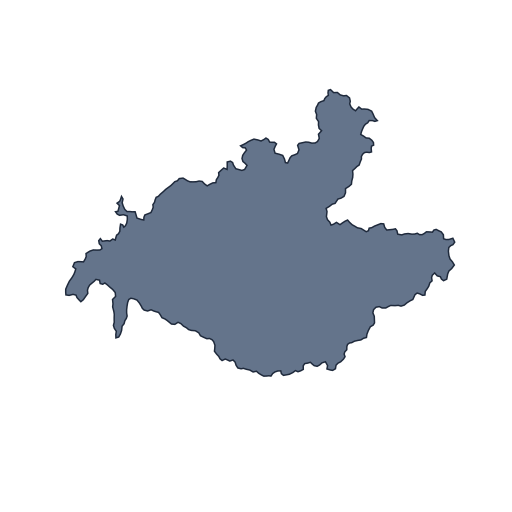 Leopoldina, Minas Gerais, Brazil (Mercator projection), rotated 341°
{"feature_id": "56859067B5344227565341", "entity_name": "Leopoldina", "entity_type": "district", "adm_level": 2, "iso_a3": "BRA", "parent_name": "Brazil", "parent_adm1": "Minas Gerais", "projection": "mercator", "projection_center": [-42.645, -21.545], "detail": "fine", "context": "isolated", "style": "filled", "palette": "slate", "viewbox_px": 512, "rotation_deg": 341, "n_neighbors": 0, "source": "geoboundaries", "source_scale": "gbopen_adm2", "svg_char_len": 6132}
<svg xmlns="http://www.w3.org/2000/svg" viewBox="0 0 512 512"><g transform="rotate(341 256 256)"><path d="M286.3,385.9L289.2,388.0L291.2,389.1L294.4,388.5L296.1,385.3L298.7,384.0L301.6,383.6L305.1,382.0L307.4,380.2L307.4,377.4L308.8,375.5L311.3,374.2L312.4,371.2L313.8,369.4L316.1,368.7L318.3,369.1L321.4,368.6L325.0,369.0L327.8,369.5L330.8,368.8L333.9,369.0L335.4,366.1L337.9,363.1L341.1,360.1L344.3,359.5L346.3,357.8L348.2,351.5L348.0,347.8L349.7,345.0L352.8,343.5L356.1,344.0L358.3,346.2L361.8,347.4L364.5,346.9L367.2,346.6L371.3,348.2L374.5,349.0L376.8,350.6L380.2,350.7L383.5,349.4L387.3,348.5L390.1,348.2L392.0,346.2L393.8,344.3L396.3,343.5L398.5,345.1L400.7,347.4L403.0,347.9L404.5,344.6L407.2,342.7L409.5,340.8L411.6,338.0L414.4,336.8L415.0,333.6L416.4,331.6L419.4,330.2L420.9,333.8L423.6,335.6L423.8,338.1L425.3,340.4L428.8,340.0L431.4,335.4L433.5,333.0L436.9,331.6L440.6,329.1L439.8,325.4L438.5,322.1L438.5,318.5L439.5,314.0L441.1,310.7L443.5,309.6L445.9,309.4L448.4,307.6L447.9,303.3L443.8,303.2L441.0,302.3L439.0,300.8L440.1,296.9L439.0,293.5L436.9,291.5L435.0,289.5L432.6,289.4L430.6,290.9L427.8,289.7L425.0,288.6L422.4,289.5L420.0,289.9L417.5,289.0L415.9,287.0L413.1,286.9L410.5,286.1L407.2,284.3L403.6,283.5L400.7,283.5L397.1,281.5L397.5,278.1L396.7,275.7L394.1,275.4L388.1,274.0L387.0,270.8L387.2,267.2L384.6,266.0L377.8,266.3L374.6,266.9L372.1,266.5L370.5,268.7L368.1,268.9L364.4,264.3L361.0,262.3L359.1,260.0L357.1,257.8L355.4,254.6L354.3,251.8L351.5,252.1L348.3,252.9L345.6,253.7L343.0,250.4L339.6,251.2L337.0,251.2L336.8,248.1L335.4,244.9L335.4,241.7L337.6,237.1L337.8,233.8L341.5,233.0L345.0,231.8L347.9,232.0L349.8,230.5L352.1,228.8L355.0,229.0L358.6,228.3L361.2,225.4L362.6,221.4L366.5,220.5L369.6,219.2L371.0,216.2L373.0,213.2L374.3,210.1L375.1,206.7L378.2,205.4L380.6,204.2L383.1,203.6L385.3,200.8L387.3,198.6L388.0,196.3L389.9,194.5L392.3,193.5L394.5,193.9L396.9,195.1L399.1,195.2L399.9,191.9L401.0,189.7L403.3,189.5L404.0,186.9L403.2,184.3L401.4,181.5L398.5,180.2L396.7,177.6L394.6,175.2L396.3,172.7L398.2,170.5L400.2,168.4L402.4,167.0L405.0,166.4L407.1,164.8L410.2,165.9L412.2,167.4L414.8,167.5L413.2,163.8L412.9,159.8L412.5,156.7L409.6,153.8L406.3,152.3L403.7,151.5L401.8,148.6L399.6,149.8L397.4,151.1L395.6,148.8L394.4,146.1L394.1,142.7L395.5,140.4L395.9,137.0L393.8,133.7L391.0,133.1L388.1,131.1L386.2,127.9L382.6,126.8L380.6,122.9L378.3,122.9L377.2,125.2L376.7,127.7L374.3,128.3L372.3,129.5L370.8,131.2L367.6,131.2L364.9,131.7L363.3,133.4L361.3,135.1L359.3,138.4L359.4,142.0L357.9,145.4L358.9,149.3L357.7,152.4L357.2,155.9L358.8,158.9L354.7,161.2L354.1,165.4L351.4,167.8L348.8,168.4L345.6,167.5L342.9,165.6L340.1,164.4L336.7,164.0L333.4,163.6L331.4,164.9L331.2,169.6L328.6,172.6L325.6,172.9L322.5,172.9L320.3,174.1L318.6,175.9L316.2,178.4L314.2,177.3L314.5,173.7L314.0,169.6L310.9,167.2L307.5,165.0L307.7,161.0L310.0,158.4L311.9,156.7L310.5,154.5L308.1,153.7L306.0,152.8L305.5,149.8L303.8,147.7L301.6,148.4L298.2,148.9L295.6,146.9L292.1,144.8L288.8,145.0L285.7,145.4L283.6,146.0L280.5,146.5L277.3,146.8L278.7,149.2L281.1,150.3L281.5,152.8L278.7,154.6L276.2,156.5L274.5,159.3L274.4,162.4L275.8,164.7L277.0,167.4L273.4,170.5L270.5,170.5L267.8,168.6L265.3,166.9L264.3,162.7L264.3,160.0L262.7,158.0L259.4,157.7L258.0,161.8L256.8,164.7L254.1,162.3L251.4,163.4L247.8,165.0L247.2,167.6L245.4,169.4L243.4,170.9L241.9,173.6L239.0,172.8L235.5,173.2L232.7,173.8L230.8,171.1L229.4,168.0L226.6,166.6L223.6,166.3L220.9,165.5L217.8,164.4L215.6,162.5L214.1,160.6L212.4,158.6L208.6,157.8L206.2,159.3L203.4,159.3L201.0,160.5L198.4,161.7L192.3,163.6L189.2,165.0L185.7,166.4L183.1,167.8L180.7,168.0L178.9,170.1L177.5,172.2L175.2,173.9L174.7,176.4L173.0,178.5L170.8,180.7L167.7,180.9L164.3,181.0L162.7,182.8L161.6,185.4L159.2,184.0L155.8,181.4L156.0,177.4L156.1,174.8L153.3,173.9L151.0,172.8L148.5,172.0L147.1,169.2L146.7,165.6L146.8,162.1L148.8,158.8L148.2,155.9L146.5,158.2L144.9,159.9L141.8,160.8L143.3,163.9L141.7,166.3L140.0,168.8L137.6,168.4L138.4,171.2L140.2,173.1L144.1,173.8L147.3,176.2L146.3,179.4L144.5,182.8L142.4,184.9L140.4,185.7L140.1,183.3L138.3,181.8L136.5,185.2L135.3,188.3L133.2,190.2L131.0,190.9L129.6,192.8L128.1,195.1L126.1,193.3L122.7,194.3L120.3,193.0L118.0,192.5L115.5,192.0L114.5,188.9L112.3,190.3L111.8,193.4L113.0,195.9L112.7,198.9L110.4,199.5L107.7,198.7L104.1,197.3L100.5,197.3L96.1,198.3L95.3,201.2L93.7,203.1L91.0,205.4L88.1,204.2L85.8,203.3L82.2,203.2L79.3,206.5L81.4,209.5L79.7,211.9L77.8,214.1L75.0,216.5L71.3,219.1L68.3,222.1L65.3,225.4L64.3,228.2L63.6,230.9L66.5,232.4L70.5,232.7L73.1,234.4L73.2,237.0L74.4,239.9L75.5,242.2L78.5,241.1L81.8,238.7L84.8,236.6L85.5,233.5L87.0,231.3L89.3,229.3L91.9,228.3L94.8,227.2L97.0,226.0L100.2,227.9L99.7,231.3L101.9,232.8L104.3,232.3L106.0,234.8L107.7,237.9L109.6,241.0L111.0,244.7L110.1,248.5L106.2,250.4L105.2,254.7L103.9,257.4L103.5,262.4L103.0,265.0L101.9,267.9L101.1,270.2L100.4,272.5L98.6,275.2L98.5,278.3L99.4,281.7L97.9,284.6L96.9,287.8L99.8,287.9L102.4,285.6L104.7,282.6L106.5,278.8L109.2,277.1L111.0,274.4L113.0,272.9L114.6,270.8L115.1,267.9L116.1,264.9L117.7,261.5L119.5,258.2L121.5,255.7L123.9,255.2L126.4,256.6L129.1,258.9L130.4,262.4L131.2,266.0L131.5,268.5L132.6,270.7L135.6,272.7L139.3,272.7L141.5,274.8L143.4,276.2L145.5,277.6L146.3,280.1L147.0,283.7L149.4,285.9L150.9,287.9L153.9,292.8L157.0,294.2L160.7,293.3L163.0,295.5L164.6,298.7L166.9,301.2L168.3,303.6L170.6,305.3L174.3,306.9L176.9,310.0L177.5,313.3L179.9,315.7L182.6,318.2L185.3,318.9L187.3,321.0L188.1,323.3L188.1,327.1L186.9,330.0L185.7,332.5L186.8,335.9L188.1,338.8L188.5,341.5L189.9,343.8L193.4,343.4L195.3,345.1L197.0,346.8L200.4,346.8L201.7,349.6L201.6,352.8L202.4,356.0L205.2,357.8L207.5,358.1L209.9,359.9L213.0,361.8L215.5,364.7L218.9,365.1L220.4,367.8L222.3,370.1L224.2,372.1L226.8,372.9L229.1,373.4L231.1,374.4L233.4,372.6L236.1,371.8L239.2,371.8L242.0,372.7L241.7,375.5L243.1,377.8L249.0,378.7L252.9,378.2L256.0,377.2L258.0,379.1L260.9,379.1L263.8,378.6L264.9,375.2L267.0,373.6L270.0,374.1L272.8,374.2L274.0,376.5L275.3,378.6L277.9,380.2L280.5,379.8L283.7,378.5L287.2,378.6L288.0,382.9L286.3,385.9Z" fill="#64748b" stroke="#1e293b" stroke-width="1.5"/></g></svg>